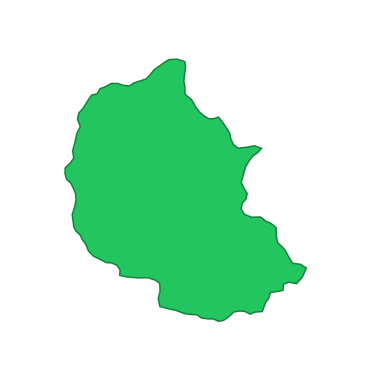 outline of Gabriel Monteiro, São Paulo, Brazil, rotated 202°
{"feature_id": "56859067B44282115877376", "entity_name": "Gabriel Monteiro", "entity_type": "district", "adm_level": 2, "iso_a3": "BRA", "parent_name": "Brazil", "parent_adm1": "São Paulo", "projection": "orthographic", "projection_center": [-50.57, -21.508], "detail": "fine", "context": "isolated", "style": "filled", "palette": "green", "viewbox_px": 384, "rotation_deg": 202, "n_neighbors": 0, "source": "geoboundaries", "source_scale": "gbopen_adm2", "svg_char_len": 1680}
<svg xmlns="http://www.w3.org/2000/svg" viewBox="0 0 384 384"><g transform="rotate(202 192 192)"><path d="M111.5,89.6L108.1,96.5L103.2,99.6L97.7,101.1L92.4,100.5L88.4,104.4L82.0,107.5L82.4,116.9L81.0,122.3L81.7,128.2L75.0,132.0L70.8,135.0L72.6,140.7L68.4,144.7L60.7,146.2L57.8,154.4L57.5,164.2L64.2,165.6L72.1,163.6L79.0,168.8L83.6,172.8L88.4,175.2L93.4,177.0L97.1,182.4L100.8,190.6L107.5,192.6L112.7,192.6L119.1,194.5L127.4,190.9L134.8,190.9L140.1,194.5L141.2,200.2L139.3,206.1L140.4,211.5L144.6,214.4L149.9,219.3L151.1,229.4L151.7,235.4L150.7,242.5L149.1,248.1L146.2,252.6L143.8,258.4L151.4,258.3L157.8,254.1L165.7,249.9L171.2,251.5L175.5,255.3L179.4,261.1L190.0,268.3L195.5,271.4L199.4,268.0L204.2,266.2L209.5,267.1L215.5,269.1L221.1,272.7L226.8,277.3L235.1,280.1L237.6,286.1L241.1,291.7L243.2,299.1L244.7,305.6L247.5,310.2L255.4,309.6L262.7,306.3L266.2,301.8L269.2,296.9L273.0,291.0L274.6,285.3L277.0,279.6L281.7,275.6L287.0,271.1L289.8,266.8L296.0,265.1L301.7,264.8L307.6,262.4L312.3,256.6L316.0,253.3L316.7,247.6L321.4,244.1L322.8,237.7L324.4,228.6L326.5,222.9L325.5,216.8L320.1,210.7L320.7,202.7L319.2,194.9L318.1,185.5L314.4,179.2L315.5,174.1L318.6,166.8L316.6,161.4L312.9,156.7L307.8,154.9L303.3,150.9L299.2,146.7L296.7,141.5L295.2,134.5L294.7,126.3L288.6,115.5L284.9,112.2L279.7,110.2L275.7,106.8L270.9,103.7L265.9,98.5L259.3,95.6L244.8,94.5L240.1,96.1L234.0,95.9L229.5,92.8L227.7,87.6L221.6,88.6L215.2,90.5L208.7,92.6L200.5,96.1L192.3,96.5L187.6,95.0L184.4,88.0L183.4,80.6L178.9,73.8L169.9,74.9L162.7,76.2L153.6,76.4L147.2,78.0L141.4,80.0L135.9,78.7L129.5,80.4L124.8,82.3L119.2,82.0L114.7,84.7L111.5,89.6Z" fill="#22c55e" stroke="#15803d" stroke-width="1.5"/></g></svg>